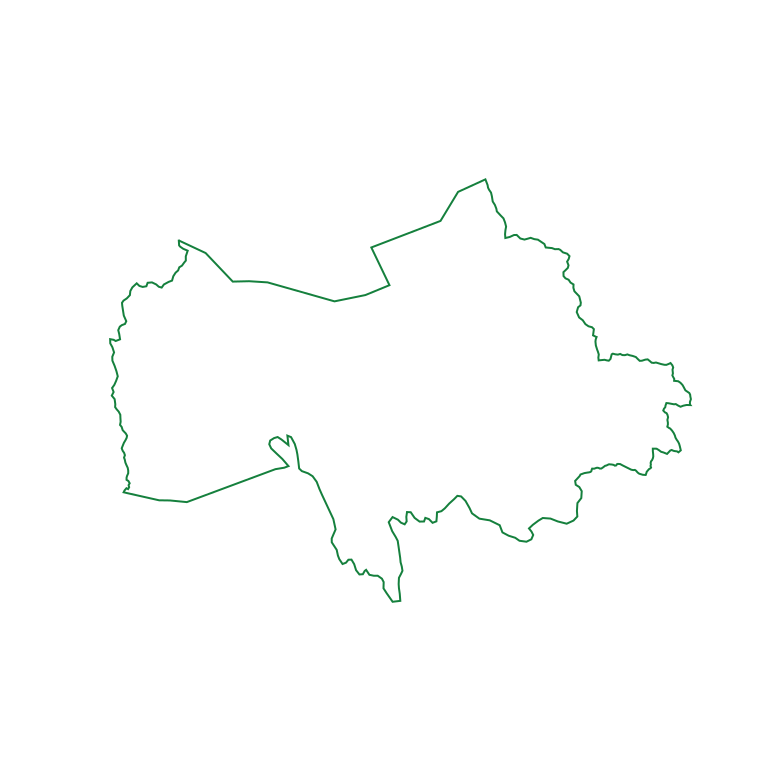 the district of Gua Musang, Kelantan, Malaysia, rotated 339°
{"feature_id": "92858781B67795542247557", "entity_name": "Gua Musang", "entity_type": "district", "adm_level": 2, "iso_a3": "MYS", "parent_name": "Malaysia", "parent_adm1": "Kelantan", "projection": "natural_earth1", "projection_center": [102.158, 5.006], "detail": "fine", "context": "isolated", "style": "outline", "palette": "green", "viewbox_px": 768, "rotation_deg": 339, "n_neighbors": 0, "source": "geoboundaries", "source_scale": "gbopen_adm2", "svg_char_len": 5542}
<svg xmlns="http://www.w3.org/2000/svg" viewBox="0 0 768 768"><g transform="rotate(339 384 384)"><path d="M244.1,175.7L242.4,181.2L242.9,182.7L245.0,185.8L248.5,189.2L244.7,193.8L243.2,197.8L241.0,199.0L237.8,201.1L234.7,201.7L232.5,204.2L229.3,205.4L225.9,207.9L223.2,211.5L219.5,211.5L214.2,212.2L211.0,214.3L208.6,212.5L207.0,209.4L203.8,206.0L199.6,204.8L197.2,207.6L193.5,206.9L190.8,204.8L189.2,201.4L183.7,203.6L180.5,206.3L178.6,210.0L174.6,211.9L170.7,212.8L168.5,214.3L167.7,217.1L165.6,226.9L165.9,233.0L163.7,235.1L160.3,235.1L157.9,235.8L155.2,238.5L154.7,242.5L153.6,247.7L148.9,247.7L147.5,245.9L144.4,244.0L143.0,248.0L143.6,252.3L143.3,257.8L140.1,261.2L138.8,264.9L139.0,270.4L138.8,276.2L138.2,281.4L135.0,285.1L131.9,288.2L128.7,290.3L128.7,294.6L125.7,297.3L127.1,301.6L125.9,306.6L124.7,309.2L125.3,311.7L126.4,314.7L126.8,318.2L125.8,321.1L124.6,324.9L122.9,327.6L123.7,330.0L123.5,333.5L125.2,337.6L125.6,340.2L124.4,342.1L122.4,343.9L120.1,345.7L116.1,350.0L116.1,352.7L116.7,355.1L116.6,357.6L114.9,359.6L114.9,361.7L114.4,364.7L114.5,367.6L114.7,370.4L114.2,373.1L113.2,375.7L111.1,377.8L110.1,379.2L109.3,381.2L110.6,382.9L111.0,385.5L109.3,386.9L109.1,389.0L107.4,390.4L106.2,389.0L103.6,390.4L102.1,391.8L132.4,412.0L142.4,416.0L157.6,423.6L252.1,424.6L260.9,426.4L265.4,426.4L262.2,417.5L258.8,410.5L255.6,403.7L255.3,399.1L257.5,396.0L262.0,395.1L265.7,395.4L268.4,399.1L272.9,406.8L275.3,397.6L278.2,400.3L279.2,408.0L278.7,414.1L277.9,418.7L276.3,425.5L274.5,432.5L276.1,435.9L281.1,440.2L284.3,444.5L286.1,451.2L286.1,458.9L286.4,465.0L288.3,492.0L286.7,502.4L279.8,509.5L278.5,513.1L280.4,521.9L279.5,527.6L279.5,531.5L280.8,537.2L284.5,537.2L287.8,535.3L290.7,536.3L291.6,541.5L291.2,547.8L292.8,553.0L296.1,554.0L299.0,551.6L300.7,551.1L302.0,556.9L305.7,559.3L309.4,560.7L312.3,565.0L312.7,568.8L310.3,574.6L311.5,580.3L313.2,587.1L314.0,590.4L321.5,592.3L323.5,585.6L324.8,579.9L326.0,576.0L328.5,570.3L331.8,567.4L334.3,565.0L335.2,560.7L335.6,556.4L336.8,552.1L339.3,541.1L340.6,535.3L340.1,531.0L338.9,524.3L338.9,514.7L344.3,511.3L348.4,515.7L350.1,519.5L353.0,522.4L355.9,520.4L357.2,516.1L359.6,511.8L363.0,513.3L364.6,520.0L367.9,525.2L372.1,526.7L374.6,523.8L377.5,526.2L379.6,531.0L383.7,531.0L385.8,526.7L387.5,522.8L392.0,523.3L396.2,521.9L402.0,519.0L408.2,516.6L412.4,514.7L415.7,516.6L418.2,522.4L419.4,530.5L419.8,536.3L424.8,543.9L433.9,549.2L441.4,557.3L441.4,565.0L446.0,570.3L451.4,574.6L454.3,578.9L460.5,582.3L464.7,581.9L465.9,581.8L469.2,578.4L468.8,574.6L467.6,570.8L472.5,568.8L479.2,566.9L484.2,566.0L491.2,569.3L497.0,574.6L504.5,579.9L512.0,579.4L517.0,577.0L518.6,571.7L521.9,564.5L527.3,561.2L530.2,554.9L529.4,550.2L526.9,546.8L527.7,543.0L533.6,540.1L535.0,538.9L539.2,539.0L542.2,539.6L543.9,540.0L545.4,540.1L546.5,539.5L547.2,538.4L548.0,537.6L550.0,538.4L551.6,538.4L552.9,538.5L554.3,539.3L555.2,540.3L556.6,540.8L558.4,540.4L559.8,540.0L561.1,539.6L562.5,539.8L564.5,539.6L565.3,539.6L567.8,540.8L569.4,541.8L570.3,543.0L571.7,543.2L572.6,542.4L573.7,542.4L575.8,543.4L577.4,545.3L580.6,548.8L584.1,552.6L585.8,553.7L587.4,554.1L588.2,555.2L589.1,557.6L590.1,559.2L593.1,561.5L595.7,562.7L597.0,561.2L597.7,560.2L598.9,559.5L601.0,558.4L602.6,558.2L603.4,557.7L603.4,556.1L604.3,554.8L604.6,553.3L605.6,551.9L607.0,551.1L608.4,549.7L609.4,548.2L610.2,545.8L610.9,543.1L611.8,540.7L615.3,542.1L616.9,544.2L618.4,546.6L620.3,548.0L623.2,550.7L627.4,548.7L628.9,548.7L630.3,550.1L631.5,550.9L633.4,551.9L634.4,553.3L637.3,552.3L637.6,550.1L637.9,547.8L638.1,545.4L637.8,542.9L637.3,541.1L636.9,538.5L637.1,536.4L636.9,533.6L636.2,530.7L635.2,528.1L634.5,527.4L633.2,525.4L634.5,523.6L635.2,521.7L635.7,519.1L637.3,516.8L637.6,514.2L637.3,512.4L636.2,511.3L635.2,508.9L636.4,507.5L638.3,506.4L639.1,505.0L640.8,503.0L642.5,503.8L645.4,505.6L647.5,506.9L649.2,507.3L651.0,509.7L652.7,511.5L655.6,511.5L658.9,512.0L662.5,513.5L662.3,512.8L663.1,510.5L665.1,508.1L665.5,505.6L666.0,503.6L665.8,501.8L664.6,500.1L663.1,497.9L662.6,493.6L662.3,491.8L661.2,489.1L659.7,486.9L657.8,485.9L656.0,485.0L656.8,483.2L656.5,481.2L656.3,479.3L657.5,477.7L658.5,474.0L659.9,472.2L659.9,469.9L659.0,467.1L657.0,467.3L654.4,467.3L652.6,466.5L650.0,464.8L645.6,461.4L643.4,461.0L641.5,460.0L640.3,457.7L639.0,455.5L636.7,454.9L633.2,454.7L631.0,454.0L629.6,451.0L628.8,449.1L626.2,446.9L623.5,445.1L621.8,443.6L619.2,443.4L616.9,442.4L615.3,440.6L612.9,440.4L610.6,439.2L608.5,437.7L607.2,437.9L604.4,441.8L602.2,442.8L600.5,441.8L598.5,440.4L592.9,438.9L593.6,436.1L595.1,433.4L595.3,430.4L595.3,428.3L595.6,423.9L596.6,420.2L597.6,418.3L599.3,416.3L598.8,415.9L596.6,413.5L599.6,408.0L598.5,405.5L595.6,403.4L593.5,400.3L592.4,395.7L590.0,391.8L589.7,385.9L592.7,381.9L595.6,381.0L596.9,378.6L597.7,372.1L595.0,365.7L595.3,362.0L596.6,359.0L594.5,356.2L593.7,352.8L591.3,350.4L590.3,347.6L591.6,343.9L594.5,342.7L597.2,341.5L598.8,339.3L598.8,335.4L601.2,333.5L603.0,331.1L601.7,328.0L598.2,325.2L596.6,321.9L595.3,320.6L591.9,319.4L589.5,317.3L583.9,314.5L583.9,310.8L579.4,304.4L576.2,302.6L573.3,300.1L569.8,299.8L566.9,299.5L563.4,297.0L561.3,292.4L558.7,291.5L554.1,291.8L549.6,291.2L550.7,287.5L552.5,283.9L554.4,280.8L554.9,276.5L554.9,272.2L553.3,268.5L551.2,263.3L551.7,260.6L551.7,256.6L550.9,252.6L552.0,247.4L552.5,243.7L551.7,240.3L551.5,237.9L552.0,235.4L552.0,229.3L522.0,231.2L495.2,252.0L421.1,252.0L424.5,293.7L398.5,294.3L367.4,289.1L311.7,247.4L294.9,239.7L279.5,234.2L264.4,197.8L244.0,176.6L244.1,175.7Z" fill="none" stroke="#15803d" stroke-width="2"/></g></svg>